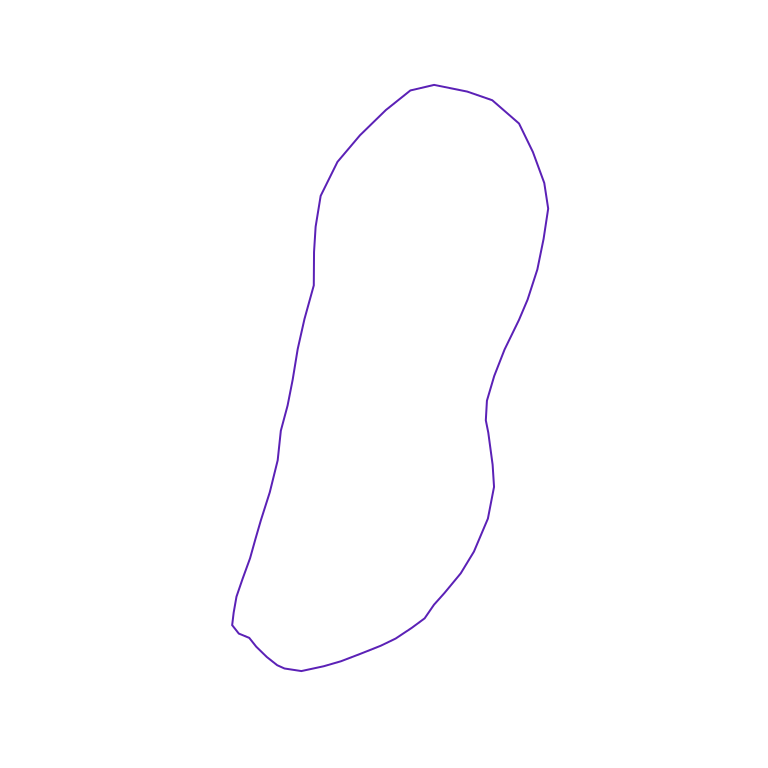 Foammulah, Maldives (Equal Earth projection), rotated 227°
{"feature_id": "70690204B71388549423545", "entity_name": "Foammulah", "entity_type": "district", "adm_level": 2, "iso_a3": "MDV", "parent_name": "Maldives", "parent_adm1": "", "projection": "equal_earth", "projection_center": [73.424, -0.376], "detail": "fine", "context": "isolated", "style": "outline", "palette": "violet", "viewbox_px": 768, "rotation_deg": 227, "n_neighbors": 0, "source": "geoboundaries", "source_scale": "gbopen_adm2", "svg_char_len": 886}
<svg xmlns="http://www.w3.org/2000/svg" viewBox="0 0 768 768"><g transform="rotate(227 384 384)"><path d="M482.4,660.4L517.7,656.7L541.1,644.3L568.6,624.6L580.7,603.5L583.1,572.2L582.3,536.1L578.2,501.5L564.8,466.0L545.7,441.3L528.3,422.9L504.0,399.9L485.8,370.2L468.4,344.7L449.4,320.1L434.0,298.8L420.2,276.7L400.7,254.2L382.7,226.6L368.3,201.0L358.4,184.4L347.9,167.2L338.0,147.8L329.1,131.1L319.3,118.1L311.2,108.5L300.5,107.6L290.2,112.3L279.0,111.4L264.3,112.1L251.2,114.1L243.8,117.2L230.4,127.8L218.7,147.4L210.6,163.4L202.7,182.9L194.8,203.1L189.9,218.9L186.7,238.2L184.9,253.9L188.5,270.1L189.9,285.6L193.2,311.0L200.1,335.5L214.7,368.2L233.7,394.3L250.9,408.4L277.3,427.1L288.0,433.7L301.6,447.9L314.7,470.1L327.0,495.7L338.8,526.4L347.8,546.6L363.2,574.3L381.3,599.7L400.3,623.7L421.7,638.3L452.1,651.1L482.4,660.4Z" fill="none" stroke="#5b21b6" stroke-width="2"/></g></svg>